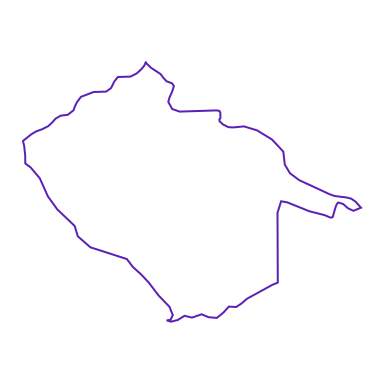 the Province of Yagha
{"feature_id": "BFA-2877", "entity_name": "Yagha", "entity_type": "Province", "adm_level": 1, "iso_a3": "BFA", "parent_name": "Burkina Faso", "parent_adm1": "", "projection": "mercator", "projection_center": [0.646, 13.4], "detail": "fine", "context": "isolated", "style": "outline", "palette": "violet", "viewbox_px": 384, "rotation_deg": 0, "n_neighbors": 0, "source": "natural_earth", "source_scale": "10m", "svg_char_len": 1412}
<svg xmlns="http://www.w3.org/2000/svg" viewBox="0 0 384 384"><path d="M145.8,62.3L146.9,63.9L151.2,67.9L160.6,74.1L163.5,78.0L166.6,81.3L172.0,83.3L173.9,86.0L172.2,91.5L169.5,97.5L168.3,101.9L172.2,109.0L179.6,111.6L216.7,110.4L219.5,111.0L220.4,113.0L220.3,115.4L220.5,117.1L220.3,118.2L219.4,119.4L219.6,121.3L223.0,124.5L228.5,127.2L233.4,127.4L244.0,126.4L256.9,130.3L272.0,139.5L283.3,151.6L284.8,164.6L290.0,173.3L299.3,180.2L329.7,194.3L334.7,196.0L346.6,197.5L351.3,198.7L355.6,201.7L361.0,207.7L353.4,210.8L347.9,208.2L343.3,204.1L338.3,202.5L336.8,204.1L335.5,207.3L332.7,217.1L330.7,217.7L324.5,215.1L309.5,211.3L287.1,202.3L281.1,201.3L277.5,212.8L277.6,237.2L277.7,264.3L277.8,282.6L277.6,282.7L272.4,284.8L246.9,298.8L241.5,303.5L236.2,307.0L228.8,306.6L223.4,312.6L216.8,317.9L208.6,317.2L201.6,314.3L192.0,317.6L184.5,315.8L177.8,320.0L171.0,321.7L166.6,320.4L170.5,319.8L172.8,315.2L169.5,306.8L158.5,295.4L148.8,282.6L141.2,274.5L132.9,267.0L126.9,259.1L90.4,247.3L77.8,236.3L74.7,226.0L57.3,209.4L47.9,196.4L39.8,178.3L30.6,167.4L25.3,163.5L25.2,155.5L24.2,146.1L23.0,140.9L30.9,134.6L35.6,131.7L38.5,130.5L42.0,129.3L48.2,126.2L52.3,122.4L55.6,118.6L60.6,115.7L67.8,114.8L73.5,110.3L75.0,106.2L77.0,102.1L81.0,96.8L93.6,92.0L106.2,91.6L111.1,88.0L114.3,81.5L117.8,77.0L130.5,76.6L136.9,73.3L141.7,68.8L144.2,65.8L145.7,62.4L145.8,62.3Z" fill="none" stroke="#5b21b6" stroke-width="2"/></svg>